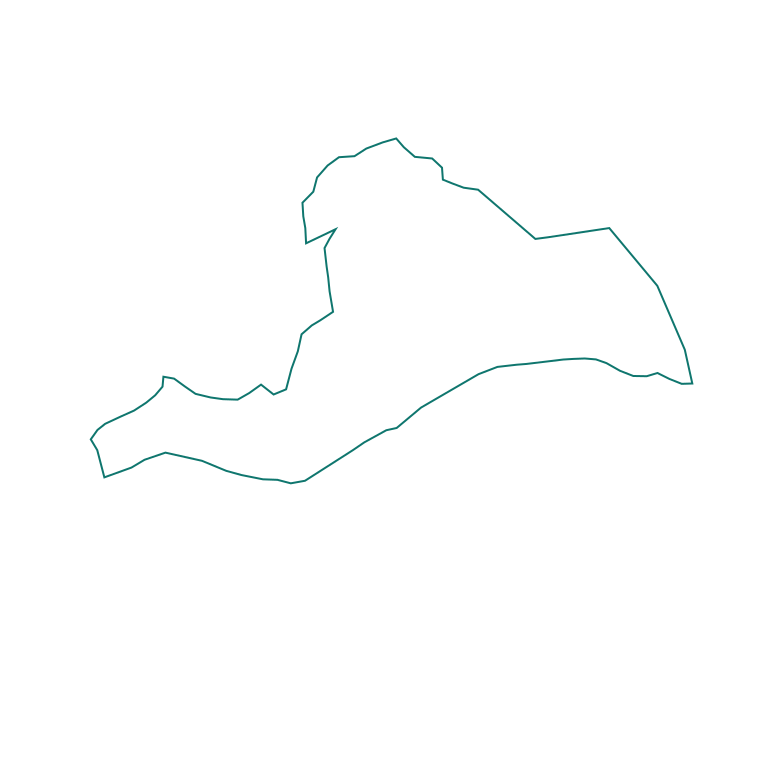 Propriá, Sergipe, Brazil, rotated 139°
{"feature_id": "56859067B53769689162017", "entity_name": "Propriá", "entity_type": "district", "adm_level": 2, "iso_a3": "BRA", "parent_name": "Brazil", "parent_adm1": "Sergipe", "projection": "albers", "projection_center": [-36.788, -10.237], "detail": "fine", "context": "isolated", "style": "outline", "palette": "teal", "viewbox_px": 768, "rotation_deg": 139, "n_neighbors": 0, "source": "geoboundaries", "source_scale": "gbopen_adm2", "svg_char_len": 1258}
<svg xmlns="http://www.w3.org/2000/svg" viewBox="0 0 768 768"><g transform="rotate(139 384 384)"><path d="M594.0,475.6L571.8,445.5L560.0,421.9L551.3,408.8L537.9,391.5L527.3,381.6L519.5,370.2L507.1,362.8L451.0,354.5L437.2,352.9L412.6,347.6L403.3,342.5L371.5,341.9L306.2,329.4L287.2,322.5L271.2,311.5L263.5,305.8L242.9,291.8L232.7,284.9L224.5,278.6L215.7,271.5L207.9,263.5L202.4,253.8L197.2,239.1L190.6,226.5L180.6,217.5L170.4,212.9L165.2,200.4L159.2,188.8L151.0,182.1L134.5,212.5L113.3,278.8L111.7,353.9L164.2,387.3L174.6,394.2L185.5,468.9L195.1,479.9L200.9,490.6L205.5,499.6L198.3,509.2L199.7,522.6L211.7,535.2L213.7,549.7L213.7,561.3L226.5,567.2L242.9,573.3L256.8,575.3L269.2,584.7L283.2,585.9L299.0,583.8L311.2,575.5L326.6,574.3L334.9,563.5L341.1,553.3L350.5,541.3L319.0,532.6L329.9,529.3L339.7,525.6L350.3,510.2L356.1,501.2L364.3,489.6L375.1,471.9L390.5,473.9L400.1,475.6L413.6,475.6L427.6,465.2L443.8,456.2L461.4,444.2L474.2,448.5L477.2,464.2L491.7,465.6L504.7,468.2L515.5,478.2L523.7,487.6L532.7,500.2L535.9,512.8L538.9,525.8L545.7,534.2L552.9,527.3L564.1,525.6L575.6,525.9L590.0,527.9L604.2,532.2L620.6,536.9L630.4,537.3L641.6,534.6L643.8,522.2L656.3,497.0L629.4,486.6L614.4,483.9L594.0,475.6Z" fill="none" stroke="#0f766e" stroke-width="2"/></g></svg>